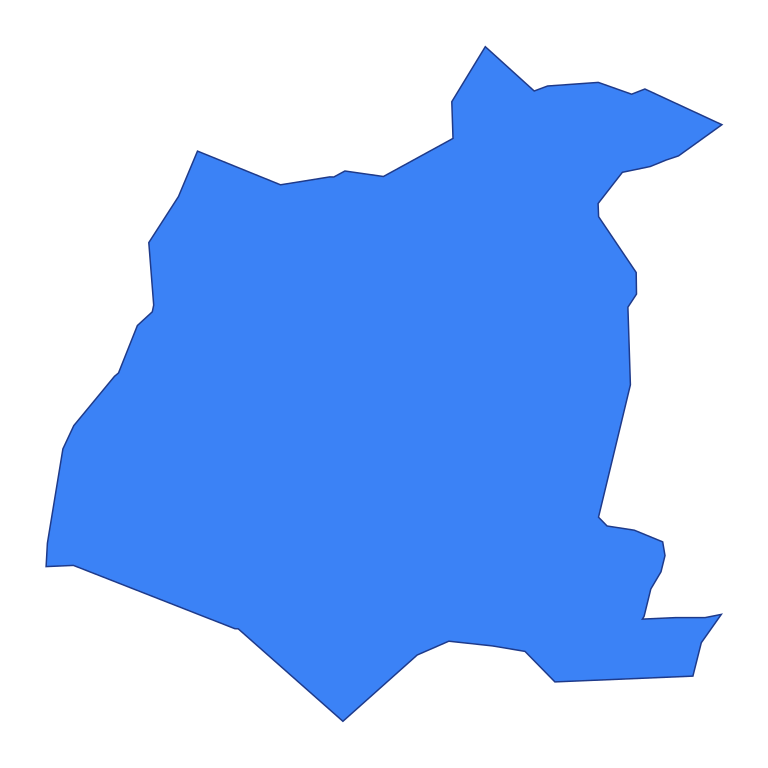 Urue Offong/Oruko, Akwa Ibom, Nigeria (orthographic projection)
{"feature_id": "59680162B91433810506609", "entity_name": "Urue Offong/Oruko", "entity_type": "district", "adm_level": 2, "iso_a3": "NGA", "parent_name": "Nigeria", "parent_adm1": "Akwa Ibom", "projection": "orthographic", "projection_center": [8.177, 4.73], "detail": "fine", "context": "isolated", "style": "filled", "palette": "blue", "viewbox_px": 768, "rotation_deg": 0, "n_neighbors": 0, "source": "geoboundaries", "source_scale": "gbopen_adm2", "svg_char_len": 852}
<svg xmlns="http://www.w3.org/2000/svg" viewBox="0 0 768 768"><path d="M485.3,46.7L451.8,101.7L453.0,138.4L383.4,176.5L344.9,171.0L333.8,177.0L329.7,176.9L280.5,184.8L197.5,151.1L178.5,196.5L148.8,242.6L153.7,305.1L152.3,311.8L137.4,325.5L118.5,373.0L114.5,376.3L73.8,425.6L62.9,448.9L47.4,543.2L46.1,566.6L73.4,565.4L234.9,628.7L238.2,628.8L342.9,721.3L417.2,655.0L448.8,641.2L492.3,645.9L525.0,651.4L554.9,681.9L692.9,676.1L701.3,642.7L721.3,614.4L705.1,617.6L675.9,617.6L642.4,619.1L644.1,616.3L650.8,589.0L661.0,571.8L665.0,555.6L662.7,541.9L634.3,530.2L607.1,526.0L598.5,517.2L630.4,384.8L627.9,307.2L636.5,294.1L636.2,272.5L598.6,216.7L598.1,203.5L613.5,183.7L622.4,172.3L650.3,166.5L666.2,160.0L678.5,155.9L721.9,124.7L644.9,89.0L631.6,94.2L598.3,82.4L547.6,86.0L534.2,91.0L485.3,46.7Z" fill="#3b82f6" stroke="#1e3a8a" stroke-width="1.5"/></svg>